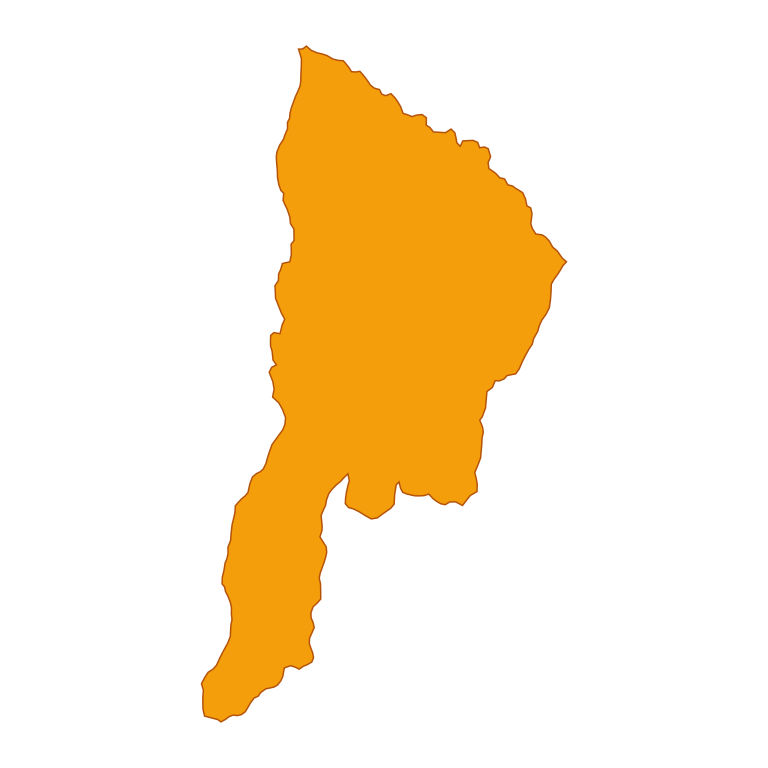 the district of Quatá, São Paulo, Brazil
{"feature_id": "56859067B88026313234956", "entity_name": "Quatá", "entity_type": "district", "adm_level": 2, "iso_a3": "BRA", "parent_name": "Brazil", "parent_adm1": "São Paulo", "projection": "equal_earth", "projection_center": [-50.659, -22.229], "detail": "fine", "context": "isolated", "style": "filled", "palette": "amber", "viewbox_px": 768, "rotation_deg": 0, "n_neighbors": 0, "source": "geoboundaries", "source_scale": "gbopen_adm2", "svg_char_len": 4024}
<svg xmlns="http://www.w3.org/2000/svg" viewBox="0 0 768 768"><path d="M566.5,261.8L562.3,258.2L557.2,250.9L552.8,247.3L549.0,240.7L545.6,237.1L542.1,234.9L535.8,234.0L532.3,228.5L530.8,223.8L531.4,218.9L532.0,213.8L530.7,207.9L526.9,205.9L525.5,199.0L522.7,192.7L519.1,190.4L515.9,188.6L512.7,186.1L507.8,184.8L504.5,178.9L499.6,177.7L495.7,173.4L488.9,168.5L488.1,162.7L490.6,156.7L488.2,148.7L484.5,147.0L479.6,147.7L477.7,142.4L473.1,140.4L468.2,140.6L462.9,140.9L460.2,146.3L456.8,142.7L456.0,137.8L454.8,132.7L451.1,129.1L445.4,132.7L439.8,132.3L433.5,132.0L429.9,127.5L426.2,125.1L426.4,117.8L422.0,114.5L416.3,115.2L412.0,116.6L407.6,114.8L403.1,113.4L400.6,106.6L398.0,102.2L395.1,98.0L391.0,93.7L385.6,95.7L381.7,94.1L379.5,89.6L374.2,88.1L370.5,85.2L367.8,81.2L365.3,77.7L362.5,74.3L359.8,71.3L355.8,72.0L351.5,71.7L348.4,66.8L343.4,60.8L337.9,60.3L332.8,59.0L327.1,55.6L322.2,54.0L316.7,52.7L311.3,50.4L306.4,46.1L302.6,49.0L298.5,49.1L300.0,53.8L301.4,58.6L301.3,67.3L300.9,74.8L300.8,80.4L300.2,85.5L297.9,91.3L295.5,96.4L294.0,100.5L291.3,108.1L290.0,113.2L289.6,118.2L287.5,122.4L287.5,128.9L284.9,135.0L283.5,139.3L279.6,145.2L276.9,152.0L276.3,156.9L276.7,163.8L277.3,169.9L277.5,177.4L278.8,184.6L280.9,190.4L283.7,193.3L283.1,200.3L284.8,204.4L287.1,209.0L289.8,217.0L290.5,223.7L293.9,229.0L294.1,240.5L291.1,244.2L291.3,249.8L291.3,254.9L289.8,261.8L282.4,263.5L280.7,269.5L278.6,274.0L278.4,280.5L275.0,285.7L275.6,298.4L281.2,312.6L284.7,319.2L282.3,324.5L280.0,333.7L273.9,332.6L270.7,335.4L270.5,340.3L270.5,345.6L272.2,351.7L273.0,360.0L276.4,364.8L271.6,367.4L269.2,372.3L272.9,381.7L274.1,389.2L272.6,397.1L278.7,402.7L282.6,409.6L285.6,417.7L284.9,424.5L282.8,429.8L279.3,434.5L272.0,444.6L269.4,451.9L267.5,457.8L266.0,463.4L263.3,468.9L260.2,471.8L256.3,473.7L252.5,477.0L249.9,483.7L248.0,492.5L245.0,496.1L241.7,498.7L238.0,502.7L235.3,505.8L235.0,512.3L233.6,518.6L232.1,524.6L231.1,533.7L230.6,540.5L228.0,547.1L228.0,553.8L226.8,559.0L225.1,563.0L224.0,570.3L222.3,577.3L222.1,583.9L224.6,587.0L225.5,591.5L228.0,596.4L230.4,602.5L231.5,607.8L231.4,613.7L232.0,619.7L230.9,625.2L230.6,630.7L230.3,636.5L227.8,643.0L222.8,652.1L219.9,657.8L216.6,665.1L212.8,669.4L208.2,672.2L204.7,677.5L201.5,683.7L203.4,690.3L202.8,697.3L202.9,703.7L203.0,709.1L204.6,716.1L212.7,718.2L217.8,719.6L220.9,721.9L225.5,719.4L229.1,716.6L233.2,715.1L237.3,715.6L241.4,714.6L245.2,711.8L248.1,707.0L250.7,702.6L254.0,698.1L258.3,696.1L260.7,692.5L265.7,688.9L273.9,687.1L277.5,685.0L280.8,680.9L282.8,676.4L284.3,667.9L290.7,665.7L295.9,667.4L299.1,669.2L303.1,666.4L307.4,664.6L311.8,662.0L313.5,657.8L312.7,652.9L311.0,648.6L309.3,643.5L309.5,638.3L311.8,633.1L314.2,627.6L313.1,622.5L311.1,617.9L310.9,612.9L313.1,606.8L317.0,603.2L320.7,599.1L320.7,592.5L320.5,583.9L319.2,578.1L320.3,572.7L322.2,567.7L324.1,562.2L325.6,557.5L326.7,552.2L326.2,546.9L322.9,541.6L319.9,537.0L322.0,530.4L322.1,525.6L321.6,520.7L321.1,515.4L323.4,510.0L325.6,505.2L326.5,499.9L328.8,493.5L332.0,489.3L336.0,485.2L340.8,481.2L343.7,477.9L347.9,473.8L349.3,480.6L347.7,486.5L346.4,492.5L345.6,497.9L345.3,503.7L348.7,507.6L353.2,508.8L358.7,511.5L365.5,515.7L371.2,518.9L377.1,518.0L382.7,513.9L387.5,510.5L390.7,508.3L394.1,504.2L394.7,494.1L396.2,484.9L399.0,481.9L400.6,488.3L402.7,492.3L406.3,493.8L411.4,495.1L414.9,495.8L418.9,495.9L424.0,495.6L428.8,494.1L433.1,498.7L436.3,501.1L440.6,503.7L445.2,504.7L449.8,501.9L455.8,501.9L462.5,505.5L466.2,500.6L470.4,495.4L477.0,491.6L477.2,484.1L476.3,478.9L474.8,472.5L478.3,463.9L480.6,457.8L481.7,445.1L482.1,437.7L483.3,432.2L482.5,426.9L479.7,420.2L482.2,416.9L485.5,408.0L486.4,397.9L486.9,391.6L492.4,387.4L495.2,380.7L499.4,380.9L504.3,378.8L506.9,375.7L511.1,374.7L515.7,373.9L519.2,368.9L522.1,362.1L525.3,355.7L529.1,348.8L532.3,344.1L533.5,338.9L537.6,331.6L539.4,325.5L541.8,320.1L546.0,314.3L549.3,307.8L550.4,300.4L551.0,292.5L551.3,284.1L554.1,279.1L556.8,275.5L560.0,270.7L562.8,265.8L566.5,261.8Z" fill="#f59e0b" stroke="#b45309" stroke-width="1.5"/></svg>